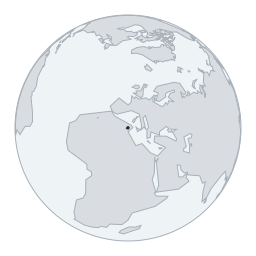 Kassérine on an orthographic globe, rotated 39°
{"feature_id": "TUN-110", "entity_name": "Kassérine", "entity_type": "Governorate", "adm_level": 1, "iso_a3": "TUN", "parent_name": "Tunisia", "parent_adm1": "", "projection": "orthographic", "projection_center": [8.892, 35.211], "detail": "fine", "context": "on_globe", "style": "filled", "palette": "slate", "viewbox_px": 256, "rotation_deg": 39, "n_neighbors": 0, "source": "natural_earth", "source_scale": "10m", "svg_char_len": 9879}
<svg xmlns="http://www.w3.org/2000/svg" viewBox="0 0 256 256"><g transform="rotate(39 128 128)"><circle cx="128" cy="128" r="113" fill="#eef3f6" stroke="#a8b0b8"/><path d="M69.4,31.8L73.6,29.6L70.5,31.3L72.9,30.2L76.8,28.1L78.9,27.0L92.2,22.5L105.7,18.7L108.8,17.6L109.1,18.1L114.2,16.3L120.1,15.6L120.4,15.6L114.0,16.4L113.9,16.7L118.7,16.0L119.6,16.2L122.4,16.1L123.1,16.4L119.1,17.2L119.4,17.5L122.8,17.1L125.6,17.4L120.5,17.9L124.9,18.6L119.0,20.7L105.0,22.9L102.4,25.4L89.7,31.4L91.5,31.5L87.8,34.3L88.6,35.6L86.0,36.6L88.8,36.8L91.0,35.6L93.0,35.4L93.6,36.1L90.5,37.4L89.7,37.3L89.1,38.1L87.2,38.5L88.5,38.7L84.6,40.4L89.4,39.9L87.0,42.2L84.2,43.1L83.3,41.5L74.6,40.4L71.5,41.3L68.0,43.9L63.6,51.7L60.7,53.5L57.4,57.1L59.6,56.7L62.9,53.8L66.1,54.1L69.7,50.8L71.6,50.6L75.7,48.1L76.3,50.2L74.6,53.7L71.1,56.0L70.3,57.7L74.6,57.2L69.1,63.3L67.1,70.9L65.6,72.4L60.8,72.2L58.3,67.8L52.1,68.6L57.3,70.0L53.4,74.4L53.2,76.0L54.1,77.1L56.1,76.3L55.0,78.3L49.4,77.4L50.3,75.5L52.1,75.7L50.9,73.8L47.1,73.7L45.4,76.2L41.5,74.3L40.2,76.2L38.7,77.0L40.9,74.1L36.8,79.4L31.9,79.8L26.1,89.6L30.5,79.5L31.3,76.3L31.7,73.5L30.7,75.0L32.6,69.9L32.0,69.5L28.3,75.6L27.7,76.7L32.0,69.0L37.0,61.6L42.5,54.7L48.5,48.2L55.0,42.2L62.0,36.7L69.4,31.8ZM24.5,83.5L23.1,87.2L24.2,85.4L23.8,88.0L20.7,94.3L19.4,101.2L17.6,107.3L16.8,112.4L17.0,114.3L16.9,119.0L18.1,117.2L19.5,118.5L18.3,124.0L20.0,120.9L20.1,125.4L23.5,131.9L22.9,132.6L25.6,144.7L30.5,153.4L31.6,158.8L30.9,160.5L33.0,163.3L33.0,164.9L43.3,175.3L49.9,183.2L50.7,188.5L47.0,191.5L48.2,201.2L42.8,199.2L44.4,202.5L45.2,204.4L39.8,198.1L35.0,191.5L30.6,184.5L26.7,177.3L23.4,169.7L20.6,162.0L18.4,154.1L16.8,146.0L15.8,137.8L15.4,129.6L15.9,126.3L16.7,118.0L16.8,115.4L16.3,116.7L17.4,107.0L19.1,99.8L21.0,92.8L24.5,83.5ZM24.4,92.4L23.1,103.4L22.2,100.3L22.7,100.2L23.4,96.6L24.0,91.9L23.7,89.6L24.4,92.4ZM27.4,90.2L27.5,88.7L27.7,89.7L27.4,90.2ZM79.6,26.5L76.8,28.0L72.9,30.0L75.1,28.7L79.6,26.5ZM87.2,23.4L86.1,24.0L83.7,24.8L85.1,24.2L87.2,23.4ZM110.9,16.9L108.4,17.4L110.5,16.9L110.9,16.9ZM122.7,16.0L123.1,15.9L124.4,15.9L122.7,16.0ZM75.2,47.1L75.4,47.6L74.5,47.8L75.2,47.1ZM76.7,45.7L75.4,45.6L76.0,44.9L76.7,45.0L76.7,45.7ZM126.6,16.5L128.5,16.7L125.9,16.6L126.6,16.5ZM78.1,46.0L77.1,43.7L78.1,42.5L81.9,41.9L78.1,46.0ZM129.2,17.0L134.0,17.8L135.4,17.5L134.2,19.1L130.5,17.7L127.0,17.5L129.2,17.3L129.2,17.0ZM91.4,35.0L89.1,36.2L90.5,34.5L91.4,35.0ZM91.8,34.0L93.1,29.7L96.9,28.4L95.7,30.0L100.0,28.0L101.2,29.4L99.1,30.8L96.4,31.3L98.9,31.5L91.8,34.0ZM132.9,20.0L133.4,20.4L132.1,20.1L132.9,20.0ZM93.9,35.1L93.8,34.3L97.0,33.1L97.8,34.6L96.5,34.5L93.9,35.1ZM100.6,26.8L103.1,26.3L104.8,27.3L106.0,27.2L101.6,29.3L100.6,26.8ZM96.1,35.1L98.0,35.4L97.1,36.6L94.2,35.9L96.1,35.1ZM97.6,32.2L99.1,31.7L98.5,32.4L97.6,32.2ZM94.9,41.7L94.7,40.5L96.4,39.8L94.9,41.7ZM98.8,35.4L99.2,34.9L99.8,34.6L100.9,35.0L98.8,35.4ZM103.0,30.0L103.2,30.6L104.9,29.1L106.2,30.0L103.0,31.3L105.0,31.1L105.4,31.3L102.3,32.1L103.0,30.0ZM103.9,34.4L100.3,36.6L100.2,38.8L98.7,39.5L99.1,35.8L103.9,34.4ZM103.2,33.0L103.3,34.0L101.4,34.2L100.2,33.7L103.2,33.0ZM108.3,30.1L107.1,28.5L107.8,28.3L108.3,30.1ZM104.2,34.9L105.1,34.4L104.5,35.1L104.2,34.9ZM107.5,31.5L106.9,30.9L107.8,30.7L107.5,31.5ZM107.3,33.9L106.1,34.6L105.2,34.2L107.3,33.9ZM107.7,32.8L109.0,32.6L105.6,33.7L107.3,32.5L107.7,32.8ZM108.4,31.4L108.7,31.0L108.4,31.6L108.4,31.4ZM111.2,35.1L107.2,36.6L105.3,35.7L109.5,34.3L111.2,35.1ZM208.4,49.1L210.4,51.2L207.6,48.4L207.8,48.9L205.8,47.1L209.2,51.1L206.5,48.7L210.5,53.3L212.0,54.4L210.0,51.5L214.7,56.9L216.2,58.0L219.0,61.6L224.9,70.6L227.3,74.9L230.6,82.0L231.5,83.8L231.2,83.9L233.2,89.5L235.6,94.6L238.7,107.0L238.3,105.3L237.5,105.3L239.2,112.9L239.8,114.5L240.4,120.1L239.9,116.3L239.6,116.1L238.4,109.9L235.7,103.1L235.9,107.7L234.7,104.1L231.0,100.2L230.5,106.8L230.7,122.7L232.7,132.3L231.9,138.7L225.8,129.4L222.1,121.2L220.6,124.1L213.8,120.0L204.0,126.8L202.0,125.0L200.3,127.5L195.4,127.2L192.2,124.0L189.5,125.7L198.0,134.0L200.8,132.2L202.4,126.4L204.3,129.9L208.9,130.9L205.9,143.5L190.4,160.0L187.9,153.1L171.2,136.3L171.1,133.7L170.8,133.0L170.2,137.4L167.0,133.8L177.0,146.7L179.1,152.7L190.2,160.6L189.4,162.1L192.7,163.2L202.0,155.9L202.3,158.3L198.5,171.7L184.7,191.4L186.0,199.5L184.1,206.9L174.3,214.1L174.0,218.6L168.8,221.5L167.7,224.0L162.8,227.4L155.1,230.9L143.4,232.7L143.5,230.9L139.0,227.4L133.2,216.5L137.1,210.5L136.4,205.7L127.8,194.7L129.8,187.9L127.2,185.1L122.1,185.8L119.1,182.3L115.9,182.1L95.4,183.0L88.7,177.4L79.4,160.8L82.7,155.3L82.4,147.9L104.6,125.2L110.3,127.1L129.0,123.8L131.5,124.6L130.4,130.8L145.2,136.8L148.7,131.3L161.1,133.2L168.6,131.2L169.4,119.4L157.0,122.4L153.8,117.4L162.9,110.3L173.5,107.9L172.6,105.9L165.0,103.1L166.5,98.5L162.2,101.8L164.6,103.5L162.0,105.7L159.7,104.4L160.3,102.7L156.8,102.6L154.7,111.0L156.9,113.6L148.4,116.7L151.3,121.4L149.3,124.2L143.7,117.3L143.5,114.4L133.8,107.3L133.2,110.5L142.3,117.6L139.9,117.3L139.1,122.1L137.8,118.2L128.0,110.1L119.7,112.3L110.7,124.2L105.5,124.9L100.5,122.3L102.2,110.3L113.6,110.0L114.3,106.2L110.7,100.6L114.4,101.1L114.3,98.9L118.5,98.6L123.1,93.3L127.1,92.6L127.6,86.0L129.8,84.8L128.8,89.0L130.4,91.7L140.2,90.3L141.8,88.7L141.3,84.6L144.1,84.9L142.4,81.2L147.5,78.7L139.9,78.7L139.1,74.4L141.5,70.7L139.9,69.4L136.0,75.6L135.7,78.1L137.7,80.1L135.6,87.6L132.5,89.1L129.5,81.7L124.7,83.3L124.4,77.2L134.9,63.7L140.0,60.7L151.0,64.1L150.6,66.9L146.4,67.0L151.4,70.6L150.4,68.5L152.7,68.9L152.6,65.3L154.2,65.4L151.3,61.9L153.3,61.7L155.1,63.9L156.6,58.8L160.4,57.6L160.0,56.4L158.4,55.5L164.3,54.9L163.7,54.0L161.5,53.9L159.0,52.2L156.8,49.1L158.9,49.1L160.0,50.2L165.5,52.6L168.1,55.8L168.7,55.5L167.0,52.8L160.3,49.7L158.3,47.9L161.6,48.9L160.3,48.4L160.0,47.5L161.7,46.7L158.1,45.5L151.9,36.8L154.6,34.6L158.2,36.2L156.1,31.1L159.3,29.6L157.3,29.4L155.0,27.2L154.0,27.6L152.8,27.4L146.4,22.6L146.5,21.7L141.5,20.0L140.5,20.0L140.1,20.5L134.2,19.1L135.4,17.5L137.6,17.6L136.8,16.8L142.0,17.2L146.0,17.5L152.2,18.9L154.8,19.3L154.2,18.9L157.2,19.4L165.7,21.9L161.6,21.2L149.5,19.1L154.7,19.9L154.3,20.2L156.7,20.9L160.3,21.6L160.2,21.3L170.2,26.2L180.5,30.7L177.7,28.4L178.9,28.4L188.2,33.0L204.0,45.2L205.7,46.4L207.1,47.8L208.4,49.1ZM98.2,137.8L97.9,140.1L98.2,137.8ZM185.7,111.1L191.5,108.9L187.2,103.1L189.0,101.9L186.9,100.4L186.8,102.7L181.4,98.6L183.2,95.4L181.7,92.7L179.7,93.4L177.1,99.9L185.0,105.7L184.4,109.1L185.7,111.1ZM23.6,132.0L23.9,133.9L23.2,132.9L23.6,132.0ZM21.3,102.0L21.4,103.5L21.2,105.0L20.9,104.2L21.3,102.0ZM24.4,113.7L24.9,115.7L24.0,114.5L24.4,113.7ZM23.1,105.1L23.9,112.3L22.2,110.6L21.8,106.2L22.5,107.9L23.1,105.1ZM25.7,92.5L25.6,93.8L25.0,94.4L25.7,92.5ZM27.5,91.0L27.4,90.7L27.8,89.5L27.5,91.0ZM53.7,74.4L54.1,74.6L54.7,75.9L53.6,76.0L53.7,74.4ZM61.7,78.8L59.8,82.0L60.4,79.6L58.6,80.1L57.8,75.8L64.8,73.0L61.8,74.9L61.7,78.8ZM58.7,69.7L58.4,72.5L58.4,69.6L58.7,69.7ZM109.7,88.1L111.6,89.5L110.6,92.0L105.5,93.6L106.8,89.9L109.7,88.1ZM114.4,90.9L112.8,83.6L115.9,82.5L114.4,84.3L116.7,84.3L114.9,87.3L119.4,93.8L118.9,96.5L109.7,97.6L113.0,95.6L111.0,94.3L114.4,90.9ZM103.2,69.1L102.5,66.6L110.1,67.4L109.9,69.7L104.8,71.3L102.0,69.6L103.2,69.1ZM85.0,45.6L84.3,45.0L85.2,44.6L86.5,44.7L85.0,45.6ZM94.7,41.2L89.2,47.6L88.1,47.3L86.2,51.8L82.5,52.7L83.8,49.7L79.6,53.9L79.3,51.6L76.8,54.7L80.1,47.8L79.7,46.1L81.6,47.6L85.0,46.8L86.3,45.9L89.8,42.3L90.6,38.4L94.1,37.2L96.3,37.4L96.7,38.1L94.3,38.6L96.5,39.3L93.3,40.6L94.7,41.2ZM120.9,43.8L118.0,43.5L121.9,46.2L118.7,47.0L119.3,47.3L117.5,48.9L116.3,51.3L114.8,51.4L115.0,52.3L113.8,53.5L113.6,54.9L110.6,55.6L110.2,57.4L109.0,56.7L109.0,59.7L107.7,57.8L106.0,59.3L108.1,60.3L92.8,62.1L87.4,64.7L83.6,68.0L81.9,64.8L84.4,59.7L89.1,54.7L94.6,52.8L92.9,51.8L95.0,50.7L95.5,51.9L95.9,49.4L97.8,48.8L102.0,45.1L101.5,42.1L103.0,40.8L104.1,41.7L104.9,39.8L108.0,40.7L109.2,39.9L113.4,40.1L114.9,42.6L116.1,41.4L119.3,41.7L120.9,43.8ZM112.4,35.2L114.9,37.7L114.4,39.5L107.2,38.4L105.7,39.1L101.1,38.8L101.9,36.3L103.2,36.6L104.6,36.3L103.7,37.2L105.5,36.3L107.2,36.7L109.0,36.2L109.3,37.1L112.4,35.2ZM133.7,122.2L135.5,122.3L138.2,121.7L137.8,124.9L133.7,122.2ZM126.9,116.7L128.5,116.2L129.2,120.2L127.3,120.2L126.9,116.7ZM128.7,112.7L128.5,115.9L127.5,114.2L128.7,112.7ZM130.2,88.4L131.8,87.7L132.2,88.7L131.6,90.2L130.2,88.4ZM131.7,53.1L130.1,52.3L130.4,51.8L128.5,49.1L130.7,48.5L132.7,49.8L131.7,53.1ZM167.7,121.9L165.9,124.6L164.5,123.9L165.4,123.1L167.7,121.9ZM151.4,125.3L155.4,126.0L151.2,126.1L151.4,125.3ZM133.8,51.9L132.7,50.8L134.5,51.2L133.8,51.9ZM132.2,47.9L134.2,48.0L130.8,48.1L132.2,47.9ZM200.1,199.0L191.2,213.1L186.8,215.0L186.9,212.2L190.9,204.4L196.3,200.2L199.3,195.6L200.1,199.0ZM240.6,127.3L239.9,123.3L240.1,121.2L240.5,121.7L240.6,127.3ZM233.1,132.9L234.9,136.8L234.2,139.0L233.1,132.9ZM232.6,86.3L233.3,88.3L232.7,87.1L231.5,83.8L232.6,86.3ZM151.0,46.5L151.2,50.8L152.8,53.8L155.9,55.3L151.5,55.2L149.1,50.5L151.0,46.5ZM151.6,37.9L148.8,36.9L149.9,36.3L150.7,36.5L151.6,37.9ZM150.0,38.0L146.7,38.7L145.1,37.5L148.0,37.2L150.0,38.0ZM140.3,44.9L140.2,46.2L138.8,45.8L140.3,44.9ZM188.8,33.2L185.6,31.2L184.5,30.6L188.8,33.2ZM183.6,30.0L184.4,30.6L177.4,27.8L175.4,27.0L179.6,28.0L180.6,28.7L182.7,29.7L183.6,30.0ZM134.4,20.2L133.5,20.4L133.7,20.0L134.4,20.2ZM152.3,27.6L150.8,27.2L151.1,26.7L152.3,27.6ZM146.8,26.0L147.6,26.8L145.9,25.9L146.8,26.0ZM149.4,28.9L147.4,27.2L150.6,28.8L149.4,28.9Z" fill="#d9dde1" stroke="#a8b0b8" stroke-width="1"/><path d="M127.0,128.9L127.0,128.7L127.0,128.4L127.1,128.2L127.3,127.9L127.2,127.9L127.0,127.7L127.1,127.4L127.1,127.2L127.3,127.1L127.5,127.1L127.6,126.9L127.8,126.9L128.1,127.0L128.3,127.2L128.5,127.2L128.5,127.3L128.7,127.5L128.5,127.8L128.4,127.8L128.4,128.0L128.6,128.0L128.6,128.3L128.4,128.4L128.3,128.5L128.2,128.6L128.3,128.7L127.9,128.9L127.7,129.0L127.4,129.1L127.1,129.0L127.1,128.9L127.0,128.9Z" fill="#64748b" stroke="#1e293b" stroke-width="1.5"/></g></svg>